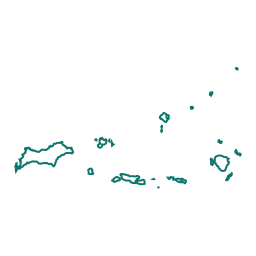 Maluku Barat Daya, Maluku, Indonesia
{"feature_id": "22746128B88480653802061", "entity_name": "Maluku Barat Daya", "entity_type": "district", "adm_level": 2, "iso_a3": "IDN", "parent_name": "Indonesia", "parent_adm1": "Maluku", "projection": "robinson", "projection_center": [127.795, -7.318], "detail": "fine", "context": "isolated", "style": "outline", "palette": "teal", "viewbox_px": 256, "rotation_deg": 0, "n_neighbors": 0, "source": "geoboundaries", "source_scale": "gbopen_adm2", "svg_char_len": 5910}
<svg xmlns="http://www.w3.org/2000/svg" viewBox="0 0 256 256"><path d="M61.9,141.9L61.1,142.1L60.3,142.9L57.3,142.8L55.4,143.8L53.9,143.8L53.2,145.3L52.3,146.3L51.3,146.5L50.6,145.9L50.2,146.6L49.3,146.6L49.3,147.2L48.6,148.4L47.2,149.0L46.3,150.0L41.8,149.6L39.2,151.9L37.7,151.6L37.2,151.8L34.3,150.5L33.8,150.8L33.1,150.7L32.3,149.9L31.4,150.2L30.9,149.9L30.3,148.8L29.9,149.2L29.5,149.1L28.8,147.7L28.2,147.6L27.5,148.1L26.9,148.1L26.3,149.1L26.3,149.8L25.1,152.3L25.4,152.7L25.3,152.9L24.5,153.3L24.2,153.7L22.6,154.3L22.3,155.0L23.3,156.0L23.0,157.1L20.8,158.8L20.8,159.4L20.2,159.2L19.7,159.8L20.0,160.3L19.8,160.2L20.7,163.0L20.3,165.5L19.0,167.3L18.8,168.3L19.3,168.8L19.7,168.7L19.8,168.1L20.2,167.6L21.1,167.5L22.3,166.6L22.9,166.5L23.2,165.8L23.8,165.1L25.0,164.5L25.8,164.5L27.1,162.7L27.4,163.1L28.8,163.2L29.2,162.6L30.3,162.1L33.3,161.3L35.2,161.7L36.5,161.5L37.6,162.2L38.8,163.5L41.3,163.7L42.5,163.2L44.3,163.0L44.8,163.3L46.7,162.9L48.6,164.0L49.7,164.2L50.4,163.7L51.4,163.8L53.5,166.4L54.1,166.2L55.6,163.1L55.4,162.4L56.2,161.0L56.5,159.6L57.3,159.2L58.0,157.5L58.6,157.0L60.3,156.6L60.8,155.7L61.3,155.6L61.7,155.2L63.1,154.7L63.6,154.9L65.5,153.3L66.8,152.9L69.0,153.1L71.1,152.7L71.9,153.5L73.1,152.3L72.5,150.4L72.0,149.5L71.3,149.1L71.7,148.1L71.5,147.8L70.1,148.1L69.8,147.8L68.7,147.8L66.9,148.4L66.4,147.0L65.5,146.8L65.1,145.8L64.1,145.7L63.7,145.2L62.5,144.6L62.2,143.5L62.5,142.4L61.9,141.9ZM219.3,155.4L216.3,156.3L215.1,157.5L214.7,158.9L214.9,160.1L214.3,162.0L215.4,162.8L215.5,163.7L215.9,163.9L216.9,165.6L217.9,166.1L219.0,168.4L220.3,169.6L220.8,170.3L223.1,171.1L225.1,170.4L227.0,165.6L227.5,164.7L228.2,164.4L228.8,163.1L229.0,162.1L227.9,161.5L227.7,160.4L227.7,159.5L228.5,158.8L227.9,158.6L226.5,157.2L224.1,157.0L222.0,155.9L219.3,155.4ZM121.9,174.0L120.7,174.2L120.4,174.6L120.6,175.0L121.6,175.8L121.7,177.6L122.1,178.7L123.4,179.6L125.7,180.5L126.9,180.7L128.0,180.4L130.0,180.8L130.7,181.7L130.7,182.3L131.9,182.5L133.0,183.0L135.1,183.1L135.5,181.2L136.4,180.5L136.7,179.2L138.5,178.2L139.3,177.4L139.2,176.8L137.9,176.0L136.8,175.9L136.0,176.4L134.6,176.5L132.6,176.1L130.0,176.4L129.3,176.1L128.9,175.4L127.8,175.5L126.4,174.7L125.2,174.8L124.7,174.4L121.9,174.0ZM164.3,113.0L163.4,113.2L162.3,114.6L160.7,115.6L160.1,116.6L159.8,117.7L160.8,118.9L161.6,118.7L162.0,119.4L162.6,119.6L164.9,121.8L166.1,122.1L166.5,121.7L166.8,120.7L168.3,119.0L167.5,119.0L166.6,117.9L166.5,117.4L167.2,117.8L168.2,117.4L168.8,116.7L168.8,115.6L167.7,114.9L166.4,115.0L166.0,114.0L164.3,113.0ZM101.4,138.6L100.9,138.1L100.0,138.7L99.5,140.3L99.7,142.7L100.3,143.7L98.8,144.2L97.9,145.2L97.9,146.1L98.7,147.3L100.1,147.7L101.1,147.3L102.1,146.0L102.3,144.5L103.9,144.6L105.4,143.9L106.1,142.9L106.4,141.5L106.1,140.9L106.3,139.8L105.6,139.4L104.9,140.2L103.9,140.0L103.3,139.2L102.4,139.2L102.2,138.4L101.6,139.0L101.9,139.2L101.8,139.3L100.9,139.2L101.0,138.7L101.4,138.6ZM143.9,180.0L142.5,179.7L140.7,180.5L139.4,180.6L137.5,180.0L137.6,180.8L136.8,182.9L137.5,183.4L140.5,184.2L143.3,184.2L144.7,183.8L144.3,180.5L143.9,180.0ZM177.6,178.6L175.8,179.1L175.3,179.7L177.5,181.4L179.5,182.1L181.1,182.3L180.8,181.1L181.9,181.0L183.2,182.3L185.1,183.2L185.4,182.4L185.9,182.1L186.0,181.2L185.8,180.5L184.1,180.0L182.5,178.7L180.5,179.0L177.6,178.6ZM117.1,177.0L115.7,177.3L115.3,177.8L114.5,178.1L113.6,179.3L112.4,180.0L112.2,180.6L113.6,181.0L113.9,181.8L115.2,181.8L118.2,180.3L118.8,180.6L119.9,180.0L120.1,179.2L119.7,178.2L117.1,177.0ZM91.5,168.7L89.5,168.8L88.2,170.1L88.8,172.6L88.6,173.6L90.1,174.2L93.0,174.0L93.2,173.3L92.6,172.8L92.2,171.8L92.3,169.9L91.9,169.7L91.5,168.7ZM231.5,175.5L231.9,173.3L231.7,173.2L230.5,174.6L229.5,174.9L228.0,176.1L226.9,178.9L226.2,179.6L226.2,180.2L227.1,180.3L228.3,179.2L229.7,176.5L231.5,175.5ZM211.0,158.7L210.7,159.1L211.0,159.7L211.3,159.7L211.4,160.2L211.0,160.9L211.2,161.8L210.9,163.6L211.4,164.6L212.3,165.0L213.7,162.5L213.4,161.7L212.7,161.3L212.8,160.5L212.5,159.9L211.8,159.7L211.5,158.9L211.0,158.7ZM16.1,166.0L15.7,166.0L15.7,166.6L15.4,166.8L15.7,167.1L15.9,170.7L16.0,171.3L17.5,168.8L17.4,167.7L16.6,167.1L16.1,166.0ZM212.2,92.3L211.1,92.7L210.6,92.4L210.2,92.8L209.8,94.0L210.0,94.9L210.3,95.1L210.1,94.4L210.4,94.2L210.4,94.8L211.1,95.2L211.7,94.6L212.4,92.9L212.2,92.3ZM219.1,140.2L218.6,140.3L218.4,141.8L219.6,142.4L220.0,142.9L220.5,142.6L221.3,142.8L221.7,141.6L221.3,141.4L220.5,141.9L220.0,141.7L219.1,140.2ZM192.6,106.9L191.0,106.8L190.7,107.8L191.2,108.8L191.8,108.9L192.7,108.4L193.0,107.5L192.6,106.9ZM239.5,153.4L238.5,153.7L237.9,153.5L237.3,154.2L237.7,154.5L238.8,154.2L240.1,155.5L240.4,155.3L240.6,154.0L239.5,153.4ZM236.0,150.1L235.3,150.7L235.4,151.9L235.9,152.2L235.8,152.8L237.2,153.0L236.4,150.7L236.0,150.1ZM112.4,144.0L111.5,141.5L111.2,142.1L111.9,143.7L112.1,145.7L113.1,144.8L112.8,144.8L113.1,144.3L112.9,144.0L112.6,144.2L112.4,144.0ZM171.9,177.3L171.8,177.6L173.0,178.1L173.3,178.9L173.2,179.6L173.9,179.6L174.0,178.8L173.5,178.5L173.4,177.4L172.5,177.6L171.9,177.3ZM168.8,177.6L167.9,177.6L168.5,178.4L168.5,178.7L169.5,179.1L169.8,178.8L169.9,178.4L169.1,178.1L168.8,177.6ZM236.4,68.0L235.9,68.3L236.6,69.3L237.7,69.3L237.7,68.9L237.1,68.2L236.4,68.0ZM161.4,130.1L161.1,130.9L161.5,131.8L161.9,131.5L162.1,130.6L161.9,130.2L161.5,130.6L161.4,130.1ZM161.7,127.8L162.1,126.0L161.8,125.8L161.3,126.9L161.7,127.8ZM96.4,139.3L95.7,139.4L95.3,139.8L96.4,140.4L96.6,139.5L96.4,139.3ZM25.8,148.0L24.9,148.5L25.0,149.0L26.1,148.7L25.8,148.0ZM16.4,164.8L16.6,164.4L16.6,163.3L16.2,163.5L16.0,164.4L16.4,164.8ZM109.2,140.2L108.8,140.6L108.8,141.0L109.1,141.2L109.2,140.2ZM159.0,188.0L158.6,187.3L158.4,186.6L158.3,187.5L159.0,188.0ZM16.7,166.0L16.5,166.7L17.0,167.1L16.7,166.8L17.0,166.6L16.7,166.4L17.0,166.1L16.7,166.0ZM154.1,179.1L153.8,178.8L153.2,179.1L153.8,179.2L154.1,179.1ZM170.1,177.0L170.9,177.2L170.5,177.0L170.1,177.0Z" fill="none" stroke="#0f766e" stroke-width="2"/></svg>